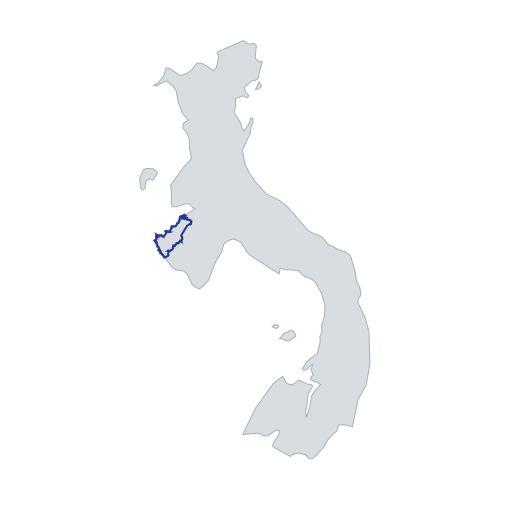 Mariato, Veraguas, Panama (highlighted), rotated 66°
{"feature_id": "35544464B44926155348372", "entity_name": "Mariato", "entity_type": "district", "adm_level": 2, "iso_a3": "PAN", "parent_name": "Panama", "parent_adm1": "Veraguas", "projection": "mercator", "projection_center": [-80.871, 7.491], "detail": "fine", "context": "in_parent", "style": "outline", "palette": "blue", "viewbox_px": 512, "rotation_deg": 66, "n_neighbors": 0, "source": "geoboundaries", "source_scale": "gbopen_adm2", "svg_char_len": 8399}
<svg xmlns="http://www.w3.org/2000/svg" viewBox="0 0 512 512"><g transform="rotate(66 256 256)"><path d="M451.4,237.6L450.1,238.5L446.1,244.2L444.0,249.1L449.1,254.2L450.6,259.7L453.5,265.6L458.0,271.6L463.0,282.6L464.1,287.0L462.7,289.9L457.9,291.7L453.5,296.8L452.2,303.1L453.1,306.2L439.7,316.3L436.3,318.0L434.0,316.4L431.1,311.4L427.7,307.3L425.9,305.9L424.8,305.8L423.7,306.8L423.3,309.0L425.0,318.4L423.5,322.2L419.0,325.2L413.8,340.6L411.8,338.6L394.6,317.9L379.7,292.3L376.7,280.7L380.5,280.0L384.2,280.2L386.2,278.4L388.6,275.1L386.7,267.2L393.9,261.2L396.6,257.2L398.6,257.7L403.3,264.5L410.2,268.4L418.6,274.1L423.8,275.4L417.2,269.5L405.9,261.6L402.7,256.4L399.6,249.2L395.2,252.3L393.1,254.9L390.8,256.4L388.8,254.7L388.5,252.3L381.7,251.9L380.0,249.8L378.2,248.6L379.1,253.1L380.4,255.8L379.7,259.2L377.5,259.4L375.6,256.0L373.2,252.8L370.0,239.7L362.4,233.6L358.9,231.5L356.0,230.7L351.8,226.5L346.2,224.3L338.6,217.7L329.2,213.1L317.7,211.4L303.8,212.4L299.2,215.0L296.0,218.3L294.5,219.9L286.3,223.6L283.2,229.1L281.2,233.7L277.1,238.9L281.8,242.1L255.0,259.8L249.7,262.4L237.7,264.2L234.9,266.1L231.2,269.6L230.7,275.0L231.3,279.5L234.8,283.0L237.9,285.2L245.3,295.7L258.6,309.0L261.1,313.9L263.2,321.1L259.2,324.4L256.1,325.9L243.5,326.4L239.1,329.3L237.3,333.7L232.6,337.3L216.4,340.8L203.6,341.2L199.6,337.1L198.7,325.6L190.1,305.9L188.0,292.3L185.9,294.0L181.3,295.5L179.8,298.9L178.6,308.9L176.9,312.4L173.4,312.0L166.2,308.4L156.6,305.1L144.3,283.9L143.0,279.9L140.6,275.1L131.2,273.1L123.1,269.5L114.3,269.0L109.8,271.0L105.2,268.4L104.4,262.6L95.2,265.2L83.3,264.3L72.7,261.8L65.4,263.2L59.4,267.3L60.2,277.9L58.4,280.0L58.1,275.6L56.0,270.7L53.5,266.5L48.1,262.3L47.9,260.7L50.0,258.5L59.7,252.3L60.9,249.7L61.0,244.4L60.1,239.2L55.7,231.6L58.2,226.9L63.2,223.2L68.4,220.2L69.2,218.9L68.3,216.4L65.3,213.6L58.3,208.8L54.1,208.5L53.9,194.9L54.1,180.4L55.2,178.9L57.7,178.1L59.8,175.9L60.9,171.6L64.0,170.1L69.6,173.4L75.2,176.3L77.6,175.3L79.3,173.9L80.6,172.5L81.0,171.2L85.5,175.0L94.7,181.9L95.3,185.2L94.4,188.5L96.9,197.7L101.7,199.1L106.6,197.3L107.8,199.0L106.9,200.7L104.4,202.6L103.8,210.6L111.7,214.3L115.6,217.6L128.8,216.0L133.6,216.9L136.9,216.0L133.2,209.6L128.3,204.8L128.7,202.7L132.4,204.3L135.3,207.5L141.7,211.5L153.6,225.4L167.3,228.7L178.0,228.3L188.1,226.4L204.1,221.0L215.7,211.3L224.9,206.9L254.9,197.7L265.5,188.0L270.0,186.7L274.3,185.5L283.7,178.2L288.8,172.5L294.1,169.6L310.0,171.7L320.3,174.4L327.3,174.0L334.2,175.9L337.1,180.1L340.2,181.9L357.0,181.4L370.7,183.5L400.8,195.8L418.8,207.9L428.4,220.9L451.4,237.6ZM149.5,333.1L145.6,333.5L137.6,330.4L131.8,324.4L131.3,322.5L131.4,320.5L134.6,314.4L138.9,312.3L140.6,312.3L144.7,319.4L141.9,322.1L143.0,326.5L148.8,329.7L149.5,333.1ZM342.6,265.3L341.2,268.3L337.9,261.5L338.4,259.8L338.2,253.6L341.4,252.0L343.7,251.9L345.6,252.7L346.8,260.0L345.8,263.2L342.6,265.3ZM104.5,185.3L103.7,188.7L98.2,182.6L101.5,181.6L102.7,181.8L104.5,185.3ZM330.7,266.7L327.5,269.9L326.3,266.9L328.5,263.7L329.3,263.7L330.7,266.7Z" fill="#d9dde1" stroke="#a8b0b8" stroke-width="1"/><path d="M198.0,301.0L197.5,301.4L197.2,301.5L197.0,301.4L196.6,301.3L196.1,301.8L195.9,301.9L195.7,302.2L195.9,302.3L195.6,302.6L195.4,303.0L195.3,302.9L195.2,303.0L195.3,303.3L194.8,303.8L194.6,303.8L194.6,304.0L194.4,304.0L193.9,303.7L193.6,303.8L193.6,304.1L193.8,304.0L193.7,304.2L193.8,304.4L193.1,304.5L193.0,304.3L192.9,304.6L192.5,304.6L192.3,304.4L192.1,304.5L191.6,304.6L191.4,304.4L191.4,304.7L191.6,304.9L191.2,304.9L191.4,305.1L191.2,305.0L191.1,304.8L190.7,304.7L190.3,304.5L189.7,304.5L189.2,304.4L189.0,304.8L189.2,305.6L189.6,305.7L189.7,305.4L189.7,305.5L190.0,305.2L190.0,305.3L190.4,305.5L190.0,305.3L189.5,305.9L189.7,306.4L190.3,306.9L190.5,307.0L190.9,306.7L191.7,306.7L192.1,307.0L192.4,306.9L192.6,306.9L192.5,307.0L192.6,307.3L192.8,307.3L193.0,307.3L192.6,307.3L192.4,307.1L192.1,307.1L192.1,307.4L192.6,307.6L192.2,307.6L192.0,307.4L191.9,307.0L191.5,307.0L191.5,307.8L191.6,308.1L191.9,308.4L192.3,308.2L192.6,308.3L192.2,308.3L191.9,308.5L191.5,308.0L191.3,307.0L190.6,307.1L190.3,307.3L190.3,307.6L190.2,307.8L190.3,307.8L190.2,307.8L190.3,307.6L190.2,307.3L190.0,307.2L189.8,307.5L189.6,307.8L189.7,308.1L189.6,308.3L189.8,308.6L189.7,309.0L189.7,308.6L189.5,308.2L189.2,308.0L189.0,308.8L189.1,309.3L190.1,310.2L192.2,311.2L192.3,312.1L193.2,312.4L193.2,312.2L193.7,312.0L193.3,312.2L193.3,312.5L193.6,312.6L193.8,312.4L194.0,312.5L194.1,312.4L194.0,312.6L193.8,312.5L193.7,312.7L193.9,313.0L194.2,313.1L194.4,313.3L194.1,313.1L194.4,313.8L194.3,314.2L194.0,314.6L194.1,314.9L194.6,315.4L195.0,315.6L196.2,317.2L196.7,317.4L196.2,317.3L196.1,317.2L196.1,317.9L195.7,318.3L195.5,318.6L195.6,319.6L195.5,320.0L194.9,320.0L194.9,320.4L194.7,320.4L194.5,321.1L194.9,321.3L195.0,321.5L196.2,321.9L196.0,321.7L196.3,321.9L196.3,322.0L196.4,322.4L196.7,322.4L196.9,322.7L197.0,322.6L196.9,322.8L196.7,322.7L196.7,322.8L196.8,323.0L197.6,323.8L198.3,324.8L198.5,325.3L198.4,325.7L198.6,325.4L198.5,325.1L198.5,324.9L198.4,324.6L198.7,325.0L198.6,325.3L199.0,325.2L199.2,324.9L199.2,325.0L199.2,325.3L199.5,325.3L199.2,325.3L199.1,325.0L198.7,325.3L198.6,325.5L198.8,325.5L198.7,325.5L198.4,325.9L198.5,326.2L198.7,326.3L198.4,326.2L198.4,325.8L198.1,325.7L198.1,326.0L197.9,326.0L197.9,326.3L197.8,326.5L197.5,326.5L197.4,326.6L197.5,326.8L197.4,327.2L197.5,327.3L197.7,327.8L197.9,327.5L197.8,327.4L198.0,327.3L198.3,327.2L198.0,327.3L198.0,327.6L197.8,327.7L197.6,328.3L197.8,328.3L198.4,328.9L199.6,330.3L199.6,330.2L200.0,330.0L199.7,330.3L199.9,331.0L200.1,331.1L200.1,331.6L200.4,332.4L200.4,333.0L200.5,333.0L200.4,333.1L200.3,333.4L199.8,333.3L199.6,333.5L199.2,334.0L198.5,333.9L198.4,334.2L198.5,334.3L198.2,334.6L198.3,334.9L198.0,335.2L197.8,335.8L198.1,336.3L198.3,336.1L198.5,336.2L198.6,336.3L198.9,336.2L199.0,336.0L198.9,336.2L198.9,336.3L198.7,336.3L198.4,336.2L198.1,336.4L198.1,336.6L197.9,336.8L198.2,337.1L198.1,337.5L197.5,337.5L197.4,337.9L197.2,338.0L196.8,338.6L197.4,338.7L197.2,339.1L197.3,339.2L197.6,339.1L197.9,339.2L197.9,339.3L198.0,339.4L198.7,339.1L198.7,339.3L199.2,339.5L199.3,339.8L199.9,339.9L199.9,340.3L200.1,340.5L200.6,340.9L200.7,341.1L200.4,341.8L200.6,342.2L200.6,342.3L201.1,342.0L201.3,342.3L201.8,342.3L202.1,341.8L202.3,342.1L202.7,342.1L202.9,341.9L202.8,341.6L203.4,341.4L203.5,341.9L204.2,342.0L204.3,341.9L204.3,341.7L204.5,341.8L204.8,341.5L205.5,341.8L206.3,341.9L206.5,342.2L206.9,342.4L207.2,342.1L207.4,342.0L207.5,342.1L208.0,341.6L208.4,341.4L208.8,341.4L209.5,341.6L210.2,341.6L210.3,341.9L210.6,341.5L210.8,341.5L211.6,341.7L211.6,341.9L211.8,341.7L211.9,342.0L212.1,341.7L212.5,341.8L212.4,341.7L212.5,341.6L212.6,341.8L213.0,342.0L213.6,341.8L213.9,341.9L213.8,341.6L214.1,341.6L214.4,341.5L214.5,341.6L214.9,341.6L215.0,341.7L215.4,341.5L215.5,341.5L215.5,341.3L216.0,341.3L216.1,341.1L216.3,340.9L216.9,340.7L217.0,340.9L217.2,340.7L217.4,340.7L217.7,340.5L217.9,340.6L218.0,340.4L218.4,340.3L219.2,340.4L219.6,340.2L220.1,340.4L220.3,339.5L220.1,339.2L220.2,338.8L220.1,338.4L220.3,338.2L220.1,337.9L220.2,336.9L219.9,335.7L219.6,335.6L218.9,335.7L218.6,335.6L218.3,335.3L217.6,335.1L217.3,334.6L216.9,334.2L216.8,333.7L216.1,333.3L215.6,333.5L215.4,333.8L215.3,334.2L215.2,333.9L215.4,333.6L216.3,332.7L216.2,332.5L216.4,331.9L216.0,331.1L216.3,330.8L216.2,330.2L215.6,329.4L215.5,329.0L215.2,328.7L214.9,328.6L214.7,328.6L214.5,328.4L214.2,328.5L213.8,328.0L213.0,327.7L212.6,327.2L213.0,326.7L213.7,326.3L213.9,326.1L213.2,325.5L213.3,325.2L213.0,324.7L212.9,324.2L212.6,324.1L212.5,323.9L211.9,323.6L211.8,323.3L211.9,322.7L212.2,322.6L212.5,321.9L212.9,321.7L212.5,321.1L212.4,320.6L212.1,320.4L211.8,320.3L211.9,319.6L211.4,319.3L212.0,318.8L212.1,318.5L212.6,318.2L211.6,318.1L211.0,317.8L210.9,317.4L211.0,317.0L210.8,316.9L210.8,316.6L209.9,316.0L209.6,315.9L209.1,316.2L208.8,316.0L208.6,316.1L208.2,315.8L207.8,316.0L207.4,315.7L206.8,315.9L206.7,315.6L206.3,315.3L200.4,306.7L199.8,303.2L200.5,303.0L200.5,302.6L200.0,302.1L199.2,301.9L199.0,301.4L198.6,301.3L198.4,301.2L198.2,301.3L198.0,301.0ZM196.2,338.1L196.3,337.9L195.9,338.2L196.0,338.2L195.8,338.4L196.2,338.1ZM197.5,328.2L197.3,328.2L197.2,328.3L197.3,328.3L197.5,328.2ZM196.5,338.0L196.5,337.7L196.3,337.9L196.5,338.0ZM196.7,328.5L196.5,328.4L196.5,328.6L196.7,328.5ZM197.0,328.2L196.9,328.1L197.0,328.2Z" fill="none" stroke="#1e3a8a" stroke-width="2"/></g></svg>